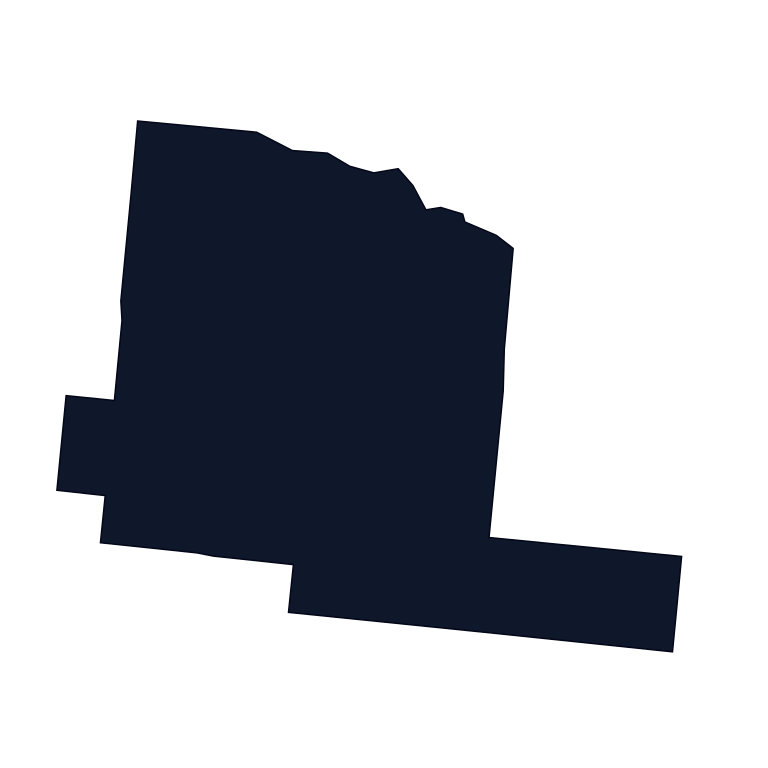 outline of Perry, Alabama, United States of America, rotated 276°
{"feature_id": "52423323B79791422709235", "entity_name": "Perry", "entity_type": "district", "adm_level": 2, "iso_a3": "USA", "parent_name": "United States of America", "parent_adm1": "Alabama", "projection": "mercator", "projection_center": [-87.24, 32.591], "detail": "fine", "context": "isolated", "style": "filled", "palette": "ink", "viewbox_px": 768, "rotation_deg": 276, "n_neighbors": 0, "source": "geoboundaries", "source_scale": "gbopen_adm2", "svg_char_len": 577}
<svg xmlns="http://www.w3.org/2000/svg" viewBox="0 0 768 768"><g transform="rotate(276 384 384)"><path d="M621.1,231.0L619.8,111.5L545.9,112.6L439.1,113.6L419.7,116.8L339.4,117.6L339.2,69.1L244.1,69.8L243.9,118.4L196.5,118.6L196.5,215.5L195.0,232.5L194.9,312.8L146.9,312.9L147.6,505.5L147.8,698.9L195.6,698.5L243.6,698.0L242.3,504.5L389.5,503.3L431.2,500.0L532.3,498.3L543.5,480.3L553.6,447.5L561.2,444.5L565.5,422.0L561.6,407.5L584.4,392.0L599.6,375.6L592.9,351.7L597.0,327.1L607.7,303.7L606.6,268.4L621.1,231.0Z" fill="#0f172a" stroke="#020617" stroke-width="1.5"/></g></svg>